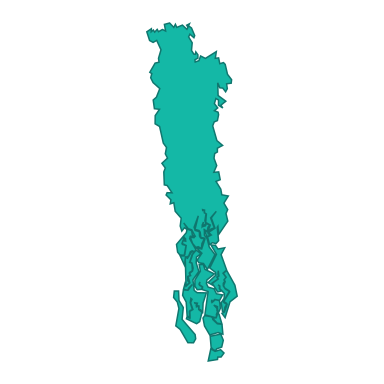 outline of Satkhira, Khulna, Bangladesh
{"feature_id": "16705992B60176987344662", "entity_name": "Satkhira", "entity_type": "district", "adm_level": 2, "iso_a3": "BGD", "parent_name": "Bangladesh", "parent_adm1": "Khulna", "projection": "equal_earth", "projection_center": [89.15, 22.3], "detail": "fine", "context": "isolated", "style": "filled", "palette": "teal", "viewbox_px": 384, "rotation_deg": 0, "n_neighbors": 0, "source": "geoboundaries", "source_scale": "gbopen_adm2", "svg_char_len": 6074}
<svg xmlns="http://www.w3.org/2000/svg" viewBox="0 0 384 384"><path d="M151.3,28.8L146.8,31.8L149.6,40.5L153.1,42.4L156.7,40.4L161.0,49.8L158.5,58.3L159.0,62.2L155.1,63.1L149.8,72.3L151.8,73.6L150.7,77.8L153.1,82.6L159.8,88.6L156.4,97.2L153.2,100.0L154.4,108.7L159.5,109.3L155.2,115.6L155.1,123.8L159.6,126.5L163.3,143.1L166.5,147.5L165.3,153.8L167.5,158.1L161.9,163.3L165.3,168.0L163.8,171.9L164.3,184.9L167.2,185.5L172.0,192.8L167.1,192.7L166.1,195.0L170.9,199.8L170.2,203.9L173.8,202.7L175.2,211.3L181.2,218.2L180.2,226.0L181.8,231.1L184.5,227.7L187.0,229.6L186.3,232.7L176.5,244.4L177.6,252.1L179.8,254.9L184.2,255.4L186.0,245.5L182.6,244.5L182.1,243.9L182.0,243.4L183.1,240.2L185.5,241.0L185.4,239.0L183.9,239.2L183.5,238.1L183.7,237.5L185.0,237.1L183.6,238.1L185.5,238.7L185.7,241.2L183.2,240.6L182.1,243.4L186.2,245.5L184.8,254.7L184.1,255.9L180.2,255.9L184.5,265.3L185.4,257.0L186.1,256.7L187.3,257.7L187.6,256.5L188.7,256.0L190.3,251.8L192.2,250.8L193.5,251.4L194.1,252.3L195.9,249.7L189.6,238.6L190.4,236.2L194.4,236.3L192.3,234.6L191.6,230.6L187.9,229.3L183.7,222.9L188.3,228.7L191.7,229.8L195.1,236.1L194.0,237.7L190.3,237.2L192.6,243.5L195.9,247.4L198.2,246.7L201.4,248.5L201.9,243.6L204.4,238.7L201.4,238.4L200.5,237.8L199.5,236.0L199.4,231.7L195.1,230.4L194.1,227.2L198.3,215.8L195.0,229.4L199.1,230.5L200.2,232.2L200.9,237.6L204.0,237.9L204.9,239.1L201.7,249.0L196.4,247.9L201.9,253.2L197.2,260.2L198.9,262.8L203.5,263.5L207.4,269.4L214.9,254.6L209.2,246.9L207.2,238.8L204.4,235.2L204.4,229.6L207.1,231.6L208.0,227.1L209.9,225.3L206.5,223.6L205.4,225.8L202.2,226.8L202.2,225.0L203.5,222.0L202.4,226.6L205.9,223.5L204.9,220.8L206.0,213.7L204.3,212.8L204.4,210.5L202.7,210.5L202.6,209.6L204.6,210.1L204.4,212.6L206.4,214.0L205.7,222.4L210.3,225.0L207.7,232.1L204.5,230.7L206.9,236.5L210.8,235.0L208.1,233.8L208.5,231.2L211.2,228.9L214.3,228.0L210.6,217.9L216.3,211.3L211.3,217.9L215.0,228.2L208.7,232.3L211.3,235.0L207.5,237.0L209.6,244.6L212.4,242.7L216.0,243.6L218.6,240.7L217.2,227.3L217.9,226.2L218.8,234.3L227.8,221.1L226.0,213.5L227.7,209.6L223.9,203.1L228.3,196.0L221.8,194.8L220.8,189.2L216.0,181.4L220.2,179.7L218.7,171.9L213.8,172.3L216.7,165.6L214.0,158.2L214.7,153.5L217.4,152.0L217.4,148.2L222.6,145.4L216.9,140.6L212.7,125.9L214.2,121.9L217.4,120.6L218.6,114.7L218.1,112.2L214.4,110.7L217.7,107.9L214.4,103.6L215.9,98.5L218.5,100.0L218.5,105.2L222.8,108.0L220.9,105.2L225.8,101.2L218.1,95.5L217.7,82.8L219.8,87.8L222.8,88.1L225.6,91.8L227.3,88.7L226.6,83.8L231.2,83.2L231.6,79.7L227.5,74.3L225.2,64.4L223.5,62.6L219.8,63.7L218.6,57.9L215.3,58.3L216.3,51.6L205.4,58.4L200.6,56.0L198.9,60.7L195.2,62.0L194.9,59.8L197.9,58.1L197.9,54.8L195.8,51.9L195.3,54.3L193.8,54.1L191.5,50.4L192.2,42.8L188.6,36.9L189.9,34.2L193.9,37.7L194.7,35.6L191.5,28.0L188.5,25.8L189.4,23.8L186.7,25.2L188.0,27.2L186.9,29.3L182.4,25.1L176.8,27.4L175.4,24.3L173.8,27.4L169.6,23.0L164.4,24.4L165.6,31.0L162.4,29.5L158.5,31.7L157.2,29.4L154.7,32.1L153.3,30.0L151.2,31.8L151.3,28.8ZM196.2,262.8L196.5,257.0L200.9,253.8L196.2,250.1L192.5,254.5L191.6,257.7L190.0,261.8L192.0,263.1L193.1,268.1L192.5,271.1L189.7,273.3L190.6,275.6L188.1,276.5L189.8,282.9L186.0,286.3L185.0,283.6L183.5,289.2L187.6,290.2L188.8,288.0L192.3,284.5L188.0,290.3L183.4,289.9L182.6,295.3L186.2,302.1L187.1,315.6L189.7,317.9L189.4,311.6L190.0,310.5L192.4,309.7L190.2,302.6L190.9,298.4L192.0,299.3L190.6,302.7L192.9,309.5L189.8,311.4L190.1,317.9L189.5,318.2L187.1,316.6L186.4,318.8L196.6,323.7L199.7,321.6L202.0,312.3L198.7,309.5L198.7,306.1L196.6,306.8L196.2,305.2L197.2,303.4L195.0,303.4L194.8,302.8L197.4,303.2L196.6,306.3L198.1,305.7L199.0,306.1L198.9,309.3L200.6,309.8L202.2,311.9L202.6,313.5L203.1,303.1L206.3,292.9L197.1,292.7L194.2,290.4L192.9,279.8L198.8,271.4L196.2,262.8ZM203.2,264.4L199.2,264.7L200.4,271.2L194.9,280.1L194.9,286.2L197.2,289.7L201.5,289.4L202.4,286.9L199.8,285.5L199.1,284.6L199.2,283.5L200.0,281.9L199.3,284.6L202.6,286.8L202.3,289.6L208.1,291.5L204.9,314.8L215.6,317.7L216.4,316.6L216.7,313.4L217.5,311.9L216.9,310.3L217.1,309.1L216.6,308.1L217.2,306.9L215.9,307.2L213.8,305.1L217.4,306.6L217.8,311.9L216.9,313.5L218.3,313.1L220.4,308.3L219.5,300.7L215.3,299.6L212.2,302.4L211.6,301.9L211.8,299.7L212.0,302.1L214.8,299.4L219.6,300.4L222.6,294.9L216.5,293.8L214.0,288.8L208.1,287.1L206.4,283.5L206.9,280.0L214.4,273.9L205.0,269.4L203.2,264.4ZM218.0,249.0L215.4,245.3L211.0,245.0L216.5,254.3L209.8,268.0L215.5,272.4L215.9,275.1L208.0,282.6L213.1,285.4L212.0,283.1L218.0,279.0L216.9,277.2L217.0,276.9L218.7,276.0L217.9,274.3L218.2,271.5L218.3,270.7L218.9,276.0L218.6,276.4L217.1,277.1L218.2,279.0L212.3,283.4L217.7,291.9L221.4,291.0L219.4,288.7L219.5,286.0L218.0,284.8L219.8,286.0L219.8,288.7L224.4,293.5L224.1,298.3L221.2,302.7L222.5,311.3L224.2,311.6L224.8,307.4L226.8,304.2L224.2,302.8L223.6,302.1L223.5,301.4L229.3,291.4L225.4,289.1L223.3,285.9L223.3,283.3L223.8,282.5L224.8,282.0L224.0,279.8L226.0,277.3L223.0,273.2L226.6,270.0L221.1,254.6L224.7,247.8L218.0,249.0ZM195.1,334.5L182.1,319.4L183.3,307.5L179.0,300.5L178.6,291.0L174.3,291.0L173.6,297.5L177.3,302.0L178.9,308.5L175.8,325.9L180.2,329.4L187.9,342.7L193.5,342.8L195.7,338.8L195.1,334.5ZM225.1,317.6L230.0,301.8L237.2,296.2L234.9,285.2L226.8,270.6L223.3,273.2L226.2,277.2L224.2,279.7L225.2,281.6L223.6,285.7L224.9,288.2L229.1,290.8L229.7,291.8L223.8,301.5L226.6,303.3L227.1,304.5L224.4,312.1L221.9,313.3L225.1,317.6ZM212.4,317.0L204.7,315.6L203.0,318.1L204.5,326.0L209.7,334.9L218.1,332.5L222.9,334.2L222.0,324.3L217.3,323.8L212.8,319.5L212.4,317.0ZM220.8,334.1L210.2,336.3L211.1,347.3L213.2,349.6L215.4,350.7L216.7,348.8L221.7,347.1L223.3,340.3L220.8,334.1ZM189.6,262.4L192.1,254.6L193.6,252.8L192.1,251.1L187.5,258.3L185.7,257.2L185.3,259.5L186.0,285.7L189.6,282.6L187.8,280.8L187.7,276.4L190.2,275.5L189.3,273.3L189.5,272.5L192.4,270.6L191.9,263.3L189.6,262.4ZM215.1,351.4L210.8,348.9L208.2,361.0L217.5,359.5L217.8,357.1L221.1,357.0L224.0,353.0L220.6,349.7L215.1,351.4ZM221.9,323.9L219.0,314.1L217.5,313.9L216.2,317.8L212.6,318.1L217.2,323.2L221.9,323.9Z" fill="#14b8a6" stroke="#0f766e" stroke-width="1.5"/></svg>